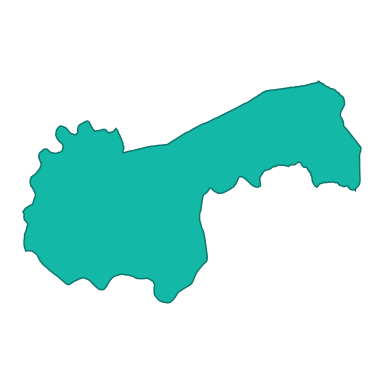 the district of Sedhiou, Sédhiou, Senegal
{"feature_id": "50182788B34006486463131", "entity_name": "Sedhiou", "entity_type": "district", "adm_level": 2, "iso_a3": "SEN", "parent_name": "Senegal", "parent_adm1": "Sédhiou", "projection": "natural_earth1", "projection_center": [-15.59, 12.794], "detail": "fine", "context": "isolated", "style": "filled", "palette": "teal", "viewbox_px": 384, "rotation_deg": 0, "n_neighbors": 0, "source": "geoboundaries", "source_scale": "gbopen_adm2", "svg_char_len": 5909}
<svg xmlns="http://www.w3.org/2000/svg" viewBox="0 0 384 384"><path d="M25.7,251.0L27.4,250.8L30.3,250.8L32.3,251.1L35.5,253.4L37.4,255.2L37.6,255.9L40.3,261.3L42.3,263.4L43.3,264.8L47.2,267.9L48.5,269.3L50.6,271.0L53.9,273.7L58.4,276.8L59.8,278.3L66.6,284.0L67.9,284.5L69.1,284.6L74.9,280.9L77.4,279.9L78.7,279.1L82.1,278.0L83.8,277.7L88.5,279.7L91.1,281.7L91.9,282.9L96.1,287.0L99.5,289.5L101.9,289.6L102.5,289.8L104.3,289.1L105.9,287.2L107.0,285.6L107.5,284.3L108.2,283.6L108.5,282.7L109.7,280.7L113.0,277.1L113.9,276.6L114.6,276.1L116.1,275.7L116.9,275.3L118.0,275.2L119.3,274.6L120.2,274.5L121.2,274.3L123.9,274.4L126.4,275.0L127.1,274.8L129.1,275.2L130.1,275.7L132.6,276.2L133.5,276.8L136.7,278.4L138.5,278.6L140.2,278.6L142.8,278.7L146.9,278.2L148.5,278.7L151.4,280.3L153.0,281.5L153.6,282.5L154.3,284.0L154.6,285.3L154.5,286.3L154.1,288.3L154.1,290.3L154.4,294.3L155.2,295.7L158.3,299.6L159.9,300.9L161.6,301.5L162.6,302.0L165.1,302.4L166.3,302.7L168.5,302.7L170.0,302.4L171.9,300.9L173.7,299.1L175.5,296.6L177.9,292.6L181.4,290.1L185.9,287.3L190.0,285.0L191.5,283.5L192.0,282.8L192.9,281.2L195.3,275.1L196.4,273.3L196.7,272.3L197.4,271.3L202.0,265.7L206.6,261.2L206.9,260.4L207.2,258.3L207.2,256.3L204.8,238.3L204.0,234.7L203.5,231.6L201.7,227.7L200.0,221.2L199.6,220.3L199.5,219.6L199.6,217.3L199.5,213.9L200.5,211.3L201.0,209.0L201.1,207.7L201.4,206.3L201.4,205.2L202.6,197.6L203.3,195.4L205.6,193.2L207.2,192.0L207.6,191.3L208.3,190.6L209.3,188.7L210.3,187.9L211.6,188.6L213.9,190.8L215.7,192.0L218.6,193.4L221.2,193.2L223.4,192.7L229.5,189.5L230.4,189.0L231.9,187.8L233.3,187.1L235.8,184.0L236.8,182.0L238.4,178.2L238.9,177.3L239.8,176.7L240.9,176.7L242.8,177.2L245.8,179.3L249.6,182.8L251.0,184.3L252.2,185.0L252.8,185.6L253.7,186.2L255.6,186.9L256.7,187.1L258.5,187.0L260.2,186.1L260.5,185.4L260.3,182.7L259.7,179.7L259.8,177.7L260.5,176.3L261.0,175.9L262.0,174.1L263.9,171.4L265.4,170.4L269.4,169.3L273.4,166.6L275.7,166.5L277.2,165.4L278.7,165.1L283.7,165.2L285.2,165.7L287.7,166.1L288.2,166.5L289.2,166.0L290.6,164.9L291.7,164.7L294.1,164.8L294.8,164.7L296.5,163.5L297.9,162.2L298.6,162.2L300.6,162.8L301.2,163.4L301.6,164.7L302.0,165.2L303.0,166.6L303.5,167.0L306.0,167.3L307.0,167.8L308.9,171.3L310.2,172.9L310.9,173.1L311.1,173.8L310.9,174.6L310.9,175.3L312.0,177.2L312.1,179.2L312.4,181.4L314.8,185.9L316.3,186.9L316.7,187.1L317.4,187.0L318.2,185.5L319.7,183.9L324.1,182.6L324.8,182.1L325.6,182.6L328.7,182.2L330.2,182.2L332.6,181.9L334.3,182.2L335.2,182.7L336.4,182.6L337.4,182.9L338.4,183.6L338.7,184.4L339.0,184.4L339.4,184.7L339.6,185.3L341.1,185.5L341.6,185.9L343.2,186.4L343.8,186.7L345.3,186.4L346.1,185.9L346.6,185.8L347.5,186.1L348.2,186.7L348.3,187.4L350.7,189.6L353.8,189.8L354.6,190.0L355.4,190.6L355.4,189.4L356.0,188.2L357.9,186.4L359.2,184.5L359.5,183.7L360.0,180.7L359.6,166.9L359.6,161.8L359.7,160.9L359.4,157.3L359.6,154.3L360.5,151.5L361.0,148.0L360.8,147.4L346.2,128.6L345.7,128.0L344.8,127.7L344.0,126.4L343.7,125.4L343.3,123.2L343.5,122.5L342.0,118.6L340.6,116.7L340.3,115.5L340.3,113.7L341.3,110.9L344.4,105.1L344.5,103.0L344.1,100.0L343.6,98.2L342.8,96.8L340.3,95.1L340.0,94.6L339.2,94.1L339.3,93.8L338.8,92.8L338.0,92.6L336.6,91.7L335.3,90.2L333.4,89.2L331.5,88.7L330.7,88.7L329.8,88.3L328.7,87.2L327.3,87.0L326.4,86.6L325.6,85.7L324.0,85.2L323.7,84.3L323.1,84.4L323.0,83.8L321.6,83.5L321.2,82.8L320.6,82.6L320.1,83.0L319.3,81.7L318.9,81.3L318.1,81.3L317.6,82.5L316.3,82.7L315.2,83.1L312.7,83.6L311.9,83.5L311.3,84.0L310.4,84.0L308.0,85.0L307.1,84.9L303.8,86.0L302.9,85.8L302.1,85.8L298.1,86.8L297.3,86.6L295.7,86.7L294.9,87.2L293.0,87.5L291.2,87.2L290.0,87.5L289.2,88.0L288.0,87.8L286.0,88.3L284.1,88.4L281.7,88.9L278.8,89.2L277.6,89.5L276.2,89.5L274.9,89.9L269.5,90.3L267.4,90.9L266.2,90.9L265.6,91.1L264.7,91.8L264.1,91.9L262.6,92.6L262.0,93.0L260.8,94.1L259.9,94.6L258.6,95.1L256.9,96.7L255.4,97.3L247.1,102.8L244.8,103.5L243.5,104.2L233.4,109.6L222.9,114.7L217.9,117.4L215.0,118.5L208.0,122.1L201.9,124.4L193.1,129.0L189.4,131.4L185.1,133.2L173.9,140.4L171.8,141.5L168.6,143.8L166.9,144.6L162.6,145.1L158.0,145.4L155.0,146.0L151.6,146.2L145.4,147.4L142.6,148.3L140.3,148.7L131.9,150.9L130.2,151.0L126.7,151.9L125.3,152.4L123.4,152.8L122.7,152.6L123.8,147.9L123.8,146.7L123.7,146.1L123.0,145.7L122.8,144.8L122.9,143.0L122.4,142.4L121.4,138.9L121.2,138.4L120.5,137.6L120.1,136.0L119.1,134.3L118.6,133.9L118.6,133.1L118.3,132.5L117.9,131.2L117.1,129.8L116.6,129.2L116.2,129.2L115.9,128.6L114.9,129.8L114.4,130.2L113.8,131.2L112.0,132.0L110.6,132.4L110.0,132.7L108.5,132.5L107.8,132.2L106.5,131.1L106.2,130.3L105.4,129.6L104.6,129.4L102.9,129.4L101.6,129.9L100.2,130.1L99.4,130.7L95.7,131.0L94.9,131.3L93.8,130.2L92.7,128.9L91.1,126.1L89.1,122.0L87.6,121.1L86.7,121.1L83.3,122.7L81.4,124.0L80.0,124.6L78.6,125.9L77.8,128.9L77.6,130.9L77.8,131.9L77.5,133.1L76.6,133.8L76.3,134.4L76.0,134.4L75.8,134.6L74.5,134.7L71.2,133.5L70.4,133.0L68.2,130.6L66.7,128.7L65.9,127.9L61.6,126.1L59.7,126.2L58.3,127.6L56.8,129.7L56.0,132.2L55.9,135.6L57.6,139.3L60.1,142.2L62.4,144.1L62.7,145.2L63.1,145.8L62.9,148.4L62.1,150.8L60.0,152.3L58.3,152.5L57.1,153.1L55.1,153.4L51.6,152.7L50.3,152.1L48.3,150.5L47.4,149.3L44.8,149.0L42.9,149.9L42.3,150.8L40.1,152.4L39.3,153.7L38.9,155.5L38.8,156.5L39.1,158.5L40.6,162.0L41.3,164.5L40.7,166.4L39.5,169.1L38.0,170.7L36.4,172.9L35.3,174.3L33.4,175.5L32.5,176.2L31.5,176.8L30.5,178.9L30.1,182.3L30.9,185.9L32.8,188.2L32.8,188.5L34.0,190.6L35.3,193.9L35.4,195.7L35.1,196.9L34.6,197.8L33.8,200.2L33.5,201.6L32.5,204.1L31.1,205.1L29.8,205.5L27.6,207.1L25.5,208.2L23.7,210.9L23.1,211.4L23.0,211.7L23.4,211.7L23.5,212.5L24.1,214.1L23.9,217.1L24.3,219.0L24.6,220.0L26.1,221.5L27.7,223.6L27.8,224.9L27.3,225.3L27.1,226.6L26.3,229.6L26.3,230.1L25.9,231.3L25.4,232.1L24.6,234.7L24.4,235.2L24.6,236.5L24.4,237.7L24.5,238.5L24.1,239.8L24.0,242.1L24.1,242.8L24.1,244.7L24.2,245.6L25.7,251.0Z" fill="#14b8a6" stroke="#0f766e" stroke-width="1.5"/></svg>